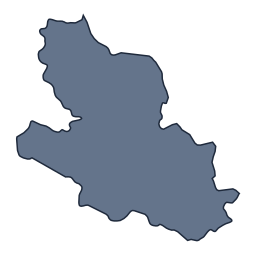 SVG path tracing the border of L'Aquila
{"feature_id": "ITA-5420", "entity_name": "L'Aquila", "entity_type": "Province", "adm_level": 1, "iso_a3": "ITA", "parent_name": "Italy", "parent_adm1": "", "projection": "albers", "projection_center": [13.512, 42.145], "detail": "fine", "context": "isolated", "style": "filled", "palette": "slate", "viewbox_px": 256, "rotation_deg": 0, "n_neighbors": 0, "source": "natural_earth", "source_scale": "10m", "svg_char_len": 3914}
<svg xmlns="http://www.w3.org/2000/svg" viewBox="0 0 256 256"><path d="M83.3,15.4L87.0,22.3L90.8,33.6L94.2,38.6L98.3,42.6L106.1,46.6L107.8,48.1L108.8,49.7L110.2,53.4L111.5,54.7L113.3,55.1L115.2,54.9L121.1,52.8L149.1,56.1L151.8,57.9L153.9,60.5L155.7,62.2L161.5,71.7L162.1,73.8L162.3,79.1L163.8,85.1L166.6,91.4L168.3,97.5L166.3,103.2L165.1,103.4L163.7,102.8L162.5,103.0L161.4,106.0L160.5,110.9L160.5,112.5L161.0,113.6L162.0,115.6L162.1,117.0L161.8,118.6L161.1,119.3L160.4,119.7L159.6,120.7L158.8,123.8L159.6,126.6L161.4,128.6L163.6,129.2L172.4,124.7L176.7,123.6L180.0,127.0L181.9,129.8L189.7,134.6L194.9,143.1L197.3,145.0L200.5,145.1L212.6,142.2L215.7,146.3L215.1,151.4L213.2,156.9L212.0,162.3L214.7,171.1L215.1,175.9L212.2,178.5L213.5,181.1L215.5,187.5L216.7,189.7L218.7,190.7L232.9,188.9L235.8,190.3L239.3,193.5L239.0,193.8L237.2,197.5L236.6,198.4L236.1,199.1L232.5,202.8L231.2,202.9L226.8,202.3L225.7,202.9L224.7,204.1L223.5,206.7L223.4,208.1L223.6,209.0L224.8,210.4L225.6,211.6L226.2,212.8L226.8,214.7L227.1,215.5L228.0,216.8L228.5,217.4L230.6,218.8L231.1,219.3L231.6,219.8L231.8,220.4L231.8,221.0L231.0,221.7L229.6,222.4L225.8,223.7L222.9,225.2L218.3,228.1L215.7,231.1L214.9,231.5L213.6,231.2L211.2,229.7L210.2,229.7L209.1,230.3L207.5,231.9L204.0,236.5L203.2,237.2L200.0,239.1L199.0,240.0L197.8,240.5L196.6,240.6L191.1,239.4L187.6,240.4L177.7,231.7L174.2,230.0L171.6,230.1L168.7,229.2L166.4,228.1L162.7,225.5L160.9,224.6L159.7,224.4L159.0,224.9L158.4,225.4L157.4,225.8L155.9,225.9L153.2,225.5L151.6,224.9L150.6,224.2L150.0,223.5L149.6,222.7L149.0,221.2L147.9,217.9L147.5,216.9L146.7,215.9L145.1,214.3L134.3,210.7L132.6,210.5L131.9,210.7L131.1,211.1L129.9,212.2L126.9,215.9L123.9,218.5L120.2,220.5L117.2,220.9L114.0,220.9L112.3,220.6L111.1,220.3L110.4,219.8L109.8,219.2L109.2,218.6L108.8,217.9L108.5,217.2L108.3,216.4L107.4,215.3L106.0,214.1L88.4,205.3L87.4,205.1L86.4,205.2L85.5,205.3L83.3,205.9L81.3,206.2L80.3,206.0L79.5,205.5L79.2,204.7L79.0,203.8L78.9,202.9L78.9,201.8L79.2,195.5L79.5,194.5L79.8,193.7L81.4,190.6L81.7,189.7L81.9,188.8L82.0,187.7L81.7,186.5L80.8,185.4L78.9,183.7L76.7,183.0L74.8,181.8L72.2,178.4L71.3,177.6L70.4,177.1L68.8,176.9L68.4,176.8L65.5,176.9L32.1,157.9L31.2,158.1L30.7,158.6L29.4,159.0L27.5,159.0L23.4,157.9L21.0,156.7L19.6,155.8L19.1,155.0L18.8,154.3L17.7,151.0L17.5,150.2L16.7,139.3L16.7,138.5L17.0,136.9L19.9,135.2L20.0,135.1L23.9,132.8L27.9,128.9L28.7,127.9L29.1,127.1L29.5,126.3L30.2,123.8L30.9,121.7L31.8,121.1L32.6,121.0L40.5,124.7L46.1,126.1L49.1,127.8L52.4,130.3L53.4,130.9L54.7,131.4L57.2,132.1L58.6,132.1L59.6,131.8L61.0,130.5L62.1,129.7L62.8,129.9L64.7,131.0L66.5,131.5L67.5,131.4L68.4,131.1L69.1,130.6L69.7,130.0L70.1,129.3L70.5,128.6L70.6,127.8L70.3,127.1L69.6,125.7L69.4,124.8L69.6,123.7L70.3,122.7L72.4,121.4L79.2,119.9L80.9,119.2L81.6,118.3L81.2,117.7L80.6,117.2L79.7,116.9L78.8,116.7L75.7,116.7L73.8,116.3L73.0,115.9L72.4,115.4L72.0,114.7L71.7,113.9L71.3,112.1L71.0,111.3L70.7,110.5L70.2,110.0L69.8,109.6L69.3,109.3L65.8,108.4L65.1,108.1L64.4,107.6L63.8,107.0L63.3,106.4L61.2,102.0L60.8,101.3L60.3,100.7L56.7,97.5L56.2,96.9L55.3,95.4L54.8,93.8L54.3,92.0L53.8,88.2L53.5,87.4L53.2,86.7L52.3,85.4L51.2,84.2L49.2,82.8L44.5,80.5L43.9,79.9L43.5,79.0L43.2,77.8L43.1,75.8L43.3,74.6L43.9,73.4L46.7,68.5L47.3,66.7L47.3,65.4L46.8,64.8L46.1,64.4L42.7,63.1L41.3,62.1L40.7,61.6L39.7,60.3L39.0,58.9L38.7,57.8L38.5,56.4L38.3,54.2L38.6,52.9L38.9,51.9L39.4,51.2L42.0,49.4L42.8,48.7L43.7,47.7L44.9,45.7L45.3,44.3L45.3,43.2L45.0,41.6L44.9,41.0L45.0,39.5L45.0,38.6L44.7,37.7L44.4,37.0L43.8,36.4L43.2,35.9L41.2,34.4L40.6,33.7L40.1,32.8L39.7,31.3L39.8,30.4L40.3,29.6L40.9,29.1L41.6,28.8L44.6,28.5L45.6,28.1L46.8,26.7L47.3,24.9L47.7,21.7L48.2,20.3L48.9,19.4L49.7,19.2L50.7,19.3L52.5,19.7L55.1,20.6L57.0,21.1L62.1,21.2L63.0,21.5L64.6,22.1L65.3,22.6L67.0,23.1L68.0,23.1L70.7,22.7L74.6,22.9L75.6,22.8L76.4,22.5L82.0,19.7L83.3,15.4Z" fill="#64748b" stroke="#1e293b" stroke-width="1.5"/></svg>